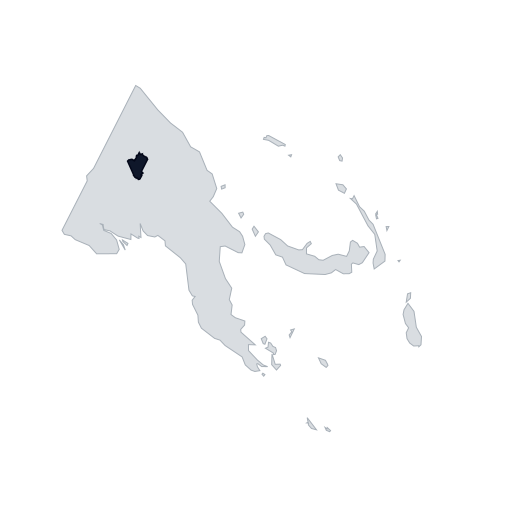 Koroba/Kopiago District, Southern Highlands, Papua New Guinea (highlighted), rotated 27°
{"feature_id": "67681753B5215612812424", "entity_name": "Koroba/Kopiago District", "entity_type": "district", "adm_level": 2, "iso_a3": "PNG", "parent_name": "Papua New Guinea", "parent_adm1": "Southern Highlands", "projection": "mercator", "projection_center": [142.383, -5.438], "detail": "fine", "context": "in_parent", "style": "filled", "palette": "ink", "viewbox_px": 512, "rotation_deg": 27, "n_neighbors": 0, "source": "geoboundaries", "source_scale": "gbopen_adm2", "svg_char_len": 5982}
<svg xmlns="http://www.w3.org/2000/svg" viewBox="0 0 512 512"><g transform="rotate(27 256 256)"><path d="M71.5,321.2L71.5,265.7L68.7,261.5L71.5,251.7L71.4,158.7L76.7,159.1L102.1,170.4L119.4,176.3L134.4,179.1L148.2,188.4L158.4,188.9L173.5,201.9L179.7,202.8L190.4,213.7L191.0,222.6L189.9,228.2L206.2,233.5L221.9,241.0L230.4,241.8L235.1,244.5L240.9,250.9L242.0,259.6L238.6,261.1L224.0,261.1L219.9,263.9L225.7,277.5L239.0,290.0L249.0,295.7L252.0,307.0L257.0,310.5L260.3,319.5L265.5,320.4L275.6,319.0L277.2,322.7L275.7,328.4L277.2,330.7L295.7,335.5L289.5,338.4L292.3,343.7L304.5,348.1L312.0,349.8L316.6,349.3L311.3,351.9L306.5,351.1L305.6,351.9L307.6,354.1L311.5,356.4L307.4,359.4L303.4,359.9L295.9,357.9L289.4,352.2L269.1,349.8L262.1,347.3L256.5,348.2L240.1,345.1L234.7,341.1L231.1,335.1L221.4,327.9L219.2,324.4L220.1,319.7L217.4,320.4L211.8,316.9L197.0,295.0L189.4,291.9L170.7,288.1L168.0,283.8L159.2,282.2L157.2,285.0L150.1,287.0L144.0,284.9L138.0,279.6L145.1,291.7L142.6,291.6L143.8,293.5L142.4,293.8L134.6,293.1L137.0,298.1L124.1,300.9L114.5,299.9L109.9,301.1L108.0,301.0L105.5,297.3L102.0,298.0L105.0,298.1L108.7,302.3L116.7,301.7L124.5,305.0L131.1,312.2L130.8,317.2L113.0,326.4L102.6,322.4L87.5,323.5L82.1,322.0L75.4,323.7L71.5,321.2ZM340.6,198.6L344.3,201.1L348.0,198.5L355.2,201.7L353.8,213.7L351.5,217.0L345.4,218.2L344.7,220.0L348.7,227.0L347.0,229.5L341.8,232.2L333.1,231.9L330.8,236.8L326.0,241.1L307.2,249.6L286.8,250.3L280.1,245.0L273.1,246.0L263.7,239.8L255.8,237.2L254.2,234.8L254.4,231.7L256.5,229.9L270.6,230.2L279.6,232.7L291.3,231.2L294.5,229.3L295.8,221.6L297.7,218.4L299.7,219.9L297.3,225.8L300.0,231.2L308.4,229.6L313.7,230.8L317.8,229.3L323.7,220.9L328.4,217.1L336.9,215.2L336.8,209.1L333.8,200.7L335.0,198.2L340.6,198.6ZM443.3,260.2L442.3,263.0L441.7,262.1L437.4,264.6L432.5,263.8L428.1,261.1L424.7,256.2L424.6,250.7L419.8,248.3L413.6,241.3L412.3,236.7L412.9,229.2L421.9,233.6L431.2,246.7L440.0,252.6L443.3,260.2ZM373.2,202.0L367.2,213.9L363.5,209.1L362.0,205.6L361.7,196.5L352.0,182.8L342.1,178.3L321.9,164.1L314.0,161.9L316.0,161.2L316.0,157.7L325.9,165.1L332.1,166.9L340.3,172.7L345.9,174.6L370.3,195.9L373.2,202.0ZM212.5,142.9L231.5,143.4L231.9,145.0L229.4,145.2L226.1,148.0L214.7,147.2L209.7,148.7L209.4,146.6L211.2,146.1L211.0,143.9L212.5,142.9ZM308.6,326.9L312.1,328.9L315.0,328.7L317.3,331.1L317.7,335.0L316.4,335.9L315.6,334.6L306.3,333.9L308.1,331.7L306.3,327.2L308.6,326.9ZM306.3,160.0L299.6,159.9L294.5,155.3L301.1,153.1L306.1,155.2L306.3,160.0ZM322.3,343.8L326.6,341.4L327.6,342.3L326.0,348.3L319.3,345.7L314.7,336.0L322.3,343.8ZM357.9,318.4L365.2,317.4L368.8,319.9L369.8,320.9L369.1,323.4L363.0,322.4L357.9,318.4ZM375.0,376.8L388.8,383.4L383.7,384.5L379.3,382.7L378.8,381.1L377.0,381.7L377.9,380.5L375.0,376.8ZM246.5,238.7L240.4,233.8L240.7,230.4L247.2,233.4L246.5,238.7ZM304.0,330.6L302.2,330.8L298.2,327.3L300.6,323.4L303.4,324.8L304.0,330.6ZM410.8,228.9L408.2,220.9L410.5,218.5L412.8,223.6L410.8,228.9ZM225.4,228.9L221.1,225.8L224.3,222.9L226.1,224.4L225.4,228.9ZM289.6,132.4L287.3,133.0L284.2,130.4L285.1,127.5L288.6,129.4L289.6,132.4ZM197.5,209.2L195.0,212.0L193.3,209.8L196.1,206.6L197.5,209.2ZM323.2,303.6L323.4,313.3L321.4,311.3L322.3,307.3L320.4,306.2L323.2,303.6ZM132.7,306.1L136.8,310.1L126.9,303.7L132.7,306.1ZM136.3,305.2L130.8,303.5L129.7,302.3L136.2,302.9L136.3,305.2ZM401.7,377.7L401.4,379.1L397.8,379.4L395.3,377.4L397.7,377.8L397.3,376.5L401.7,377.7ZM361.0,169.4L361.1,173.9L358.6,170.7L361.0,169.4ZM347.6,167.1L346.5,168.2L344.0,165.1L344.5,164.5L347.6,167.1ZM317.8,357.6L317.4,359.6L315.0,358.6L315.3,357.3L317.8,357.6ZM345.4,163.6L343.5,164.1L343.8,161.1L345.4,163.6ZM241.7,149.6L242.0,151.9L239.3,151.4L241.7,149.6ZM386.4,194.3L386.1,196.3L384.6,195.6L386.4,194.3Z" fill="#d9dde1" stroke="#a8b0b8" stroke-width="1"/><path d="M105.0,217.0L105.0,220.7L104.9,220.4L104.7,220.3L104.6,220.2L104.4,220.3L104.2,220.3L104.0,220.5L104.0,220.8L104.0,221.0L104.1,221.3L104.2,221.5L104.3,221.7L104.4,221.8L104.4,222.0L104.5,222.0L104.7,222.3L104.8,222.3L104.8,222.5L104.9,222.8L104.9,223.0L104.8,223.3L104.7,223.4L104.7,223.5L104.6,223.8L104.7,224.0L104.6,224.3L104.5,224.5L104.7,224.8L104.7,225.0L104.5,225.3L104.5,225.5L104.4,225.5L104.5,225.8L104.5,226.0L104.5,226.3L104.4,226.3L104.2,226.4L103.9,226.4L103.8,226.5L103.7,226.5L103.6,226.4L103.4,226.4L103.2,226.3L103.1,226.2L102.9,226.1L102.7,226.2L102.4,226.2L102.4,226.3L102.2,226.3L102.1,226.2L101.9,226.1L101.7,226.1L101.4,226.2L101.2,226.4L101.1,226.5L101.0,226.8L101.0,226.7L100.9,226.7L100.9,226.8L100.7,227.0L100.4,227.1L100.2,227.2L100.2,227.3L99.9,227.6L99.7,227.7L99.6,227.8L99.4,227.9L99.3,228.0L99.2,228.0L99.2,228.3L98.9,228.5L98.8,228.8L98.7,229.0L98.6,229.3L98.6,229.5L98.5,229.8L110.0,239.1L110.1,239.3L110.1,239.5L110.3,239.6L110.5,239.7L110.5,239.8L110.8,239.9L110.9,240.0L111.0,240.1L111.3,240.1L111.6,240.3L111.9,240.5L112.0,240.6L112.3,240.7L112.5,240.7L112.6,240.8L113.7,240.7L114.0,241.0L114.4,240.2L115.4,240.6L116.4,241.2L117.0,240.8L117.5,240.3L117.7,239.4L117.5,238.6L117.7,238.0L117.7,237.6L117.7,236.1L116.6,235.9L116.5,235.5L116.9,234.7L117.2,234.6L117.1,234.2L117.6,233.4L115.5,232.7L115.5,219.1L115.4,219.1L115.2,219.1L114.9,219.0L114.7,218.9L114.7,218.7L114.7,218.3L114.6,218.2L114.4,218.2L114.2,218.1L114.0,217.9L113.8,217.8L113.6,217.7L113.4,217.7L113.2,217.7L112.9,217.8L112.7,217.9L112.6,218.0L112.4,218.0L112.0,217.8L111.7,217.7L111.4,217.7L111.3,217.8L111.0,218.0L110.9,218.0L110.7,218.0L110.6,217.9L110.1,217.7L109.9,217.6L109.7,217.5L109.6,217.4L109.3,217.4L109.2,217.4L108.9,217.3L108.7,217.3L108.5,217.2L108.4,217.2L108.1,217.0L108.1,216.9L108.0,217.0L107.9,217.0L107.7,217.2L107.7,217.3L107.8,217.4L107.8,217.5L107.7,217.6L107.6,217.8L107.4,217.9L107.2,217.9L107.1,218.0L106.8,218.2L106.7,218.2L106.4,218.0L106.5,218.0L106.5,217.9L106.4,217.8L106.4,217.7L106.2,217.5L106.0,217.4L105.9,217.4L105.8,217.2L105.7,217.2L105.6,217.3L105.4,217.3L105.3,217.2L105.2,217.2L105.0,217.0Z" fill="#0f172a" stroke="#020617" stroke-width="1.5"/></g></svg>